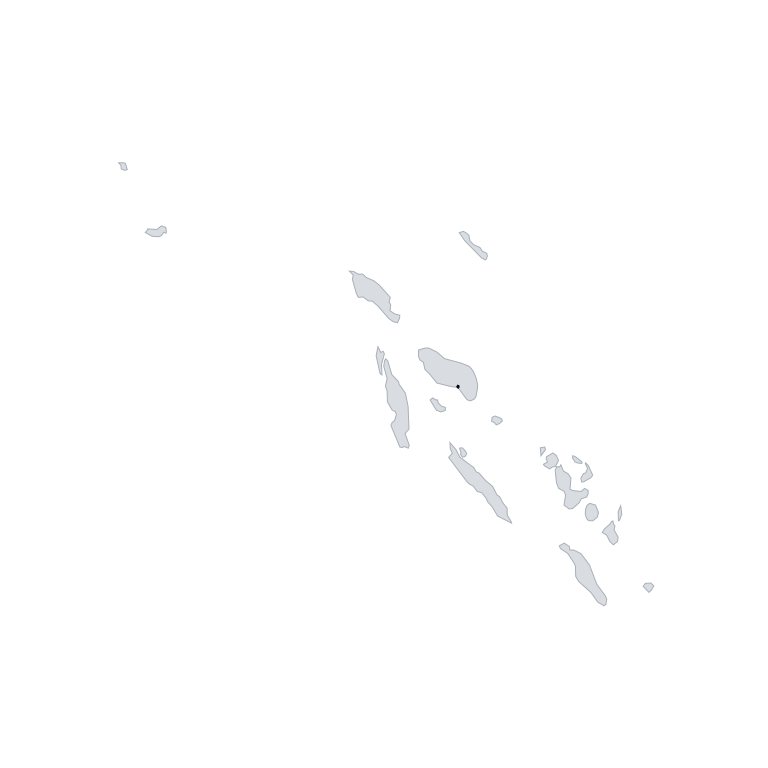 Central Honiara, Capital Territory (Honiara), Solomon Islands shown in context, rotated 193°
{"feature_id": "97153195B38090868085036", "entity_name": "Central Honiara", "entity_type": "district", "adm_level": 2, "iso_a3": "SLB", "parent_name": "Solomon Islands", "parent_adm1": "Capital Territory (Honiara)", "projection": "natural_earth1", "projection_center": [159.962, -9.442], "detail": "fine", "context": "in_parent", "style": "filled", "palette": "ink", "viewbox_px": 768, "rotation_deg": 193, "n_neighbors": 0, "source": "geoboundaries", "source_scale": "gbopen_adm2", "svg_char_len": 4242}
<svg xmlns="http://www.w3.org/2000/svg" viewBox="0 0 768 768"><g transform="rotate(193 384 384)"><path d="M299.5,387.3L311.5,397.5L316.7,396.6L332.6,396.8L341.9,404.1L347.4,407.4L350.5,414.0L354.4,415.5L356.7,418.8L358.0,424.9L352.2,428.2L348.7,429.1L339.6,427.0L330.8,422.3L313.3,421.7L305.1,420.4L302.3,418.6L299.7,416.2L295.6,410.5L292.4,403.8L291.9,399.9L291.6,392.4L292.6,389.7L295.9,387.0L299.5,387.3ZM354.3,326.1L367.9,345.1L367.4,348.5L365.5,350.7L365.0,357.1L366.7,359.5L370.4,360.6L376.7,367.4L379.5,378.3L382.1,382.1L382.2,390.1L388.2,401.2L388.7,406.5L388.1,408.9L385.6,407.5L378.5,394.9L370.3,389.5L369.3,387.2L361.1,379.9L355.5,367.6L349.5,345.7L352.3,340.5L345.6,329.9L345.9,327.0L350.7,327.6L351.7,326.3L354.3,326.1ZM304.8,335.7L306.6,341.7L299.2,336.3L293.6,329.8L277.7,322.7L274.3,319.1L271.4,318.6L263.2,312.7L255.2,308.7L249.0,301.4L246.0,300.2L241.0,294.5L236.1,290.7L234.4,283.9L229.6,279.1L228.4,277.1L243.6,280.9L250.7,288.4L256.7,292.7L258.8,295.7L264.2,300.0L269.1,300.3L274.0,304.6L278.4,305.7L281.9,308.0L304.5,327.0L301.8,332.0L304.8,335.7ZM407.1,458.4L414.0,462.1L418.0,461.5L424.0,464.1L428.5,462.6L431.3,466.0L438.4,479.0L438.5,483.2L443.1,486.2L439.2,486.8L433.7,485.2L429.5,486.3L425.0,483.7L417.5,482.4L411.0,479.4L397.4,469.8L397.5,465.0L395.3,462.7L394.6,456.7L389.8,454.8L384.1,454.5L383.6,451.7L384.7,446.7L388.9,446.8L394.0,448.8L407.1,458.4ZM175.1,263.4L176.8,265.7L172.6,269.5L167.0,267.4L165.6,264.1L161.7,264.9L153.9,263.0L143.1,253.9L131.6,236.7L120.5,227.2L118.5,224.2L118.2,219.3L119.7,217.4L126.5,219.5L135.4,227.3L150.0,235.5L153.9,239.6L156.5,249.6L158.9,252.6L166.8,260.2L175.1,263.4ZM190.4,321.6L193.8,326.8L197.8,338.4L197.1,342.4L194.2,342.6L193.5,345.1L189.6,339.5L184.5,338.0L180.7,334.5L179.1,323.3L176.1,322.6L167.7,323.7L165.1,327.4L161.2,326.2L160.4,322.9L161.0,319.6L166.1,316.4L167.1,312.3L172.2,305.1L175.4,303.9L181.3,306.5L182.1,316.6L184.2,319.9L190.4,321.6ZM344.7,548.4L340.9,550.6L337.4,549.5L334.7,547.8L332.6,542.9L327.9,539.8L321.3,538.6L317.9,535.4L313.3,534.5L312.0,531.8L312.4,529.0L313.1,527.6L317.4,528.9L337.7,541.9L344.7,548.4ZM131.3,301.2L130.2,302.1L128.4,298.6L127.0,297.6L127.1,293.7L121.5,287.5L121.0,283.2L124.3,278.9L128.6,281.4L132.9,286.7L137.9,288.4L136.9,291.9L132.4,298.3L131.3,301.2ZM158.9,311.3L156.7,314.0L150.7,313.6L146.1,307.0L146.2,302.2L149.7,297.7L154.0,296.9L156.4,298.6L158.6,302.4L159.4,307.1L158.9,311.3ZM209.3,349.7L203.9,354.8L200.0,353.1L196.8,348.8L198.4,342.2L201.6,340.8L203.3,338.5L209.2,340.3L210.6,341.6L207.1,344.8L209.1,347.3L209.3,349.7ZM649.1,482.0L640.1,483.4L636.5,488.0L631.9,487.5L630.4,483.7L630.3,481.9L632.8,482.2L634.2,478.5L636.9,476.7L643.2,475.8L650.7,477.9L648.9,481.2L649.1,482.0ZM398.0,409.8L398.3,419.0L394.2,414.0L392.2,415.7L390.4,413.4L390.9,402.6L388.0,392.4L390.3,393.4L398.0,409.8ZM169.9,351.6L169.9,352.5L166.8,350.7L160.1,342.1L161.3,339.3L167.4,333.7L169.3,332.9L171.0,336.4L169.5,341.5L167.5,342.8L166.7,347.6L169.9,351.6ZM322.4,369.6L327.1,370.3L335.5,378.8L333.5,381.4L329.6,380.1L328.3,380.6L327.0,377.8L322.8,375.2L318.9,375.0L318.4,372.0L322.4,369.6ZM268.6,377.8L262.2,376.9L260.3,374.7L262.5,371.5L265.4,369.4L267.9,371.3L270.8,371.8L271.1,375.9L268.6,377.8ZM84.6,248.5L79.1,250.1L75.7,248.0L77.1,243.2L79.0,240.6L85.9,245.1L84.6,248.5ZM296.0,338.5L293.4,339.4L289.5,337.0L287.8,334.9L288.6,331.6L290.9,330.3L293.5,332.5L293.7,334.8L296.0,338.5ZM692.3,539.9L687.5,541.0L685.6,540.7L682.4,535.2L684.8,533.9L688.4,534.4L689.4,537.7L692.3,539.9ZM183.9,354.5L183.8,356.7L180.7,356.0L173.6,352.7L173.4,351.1L177.4,350.6L180.3,351.0L183.9,354.5ZM127.1,312.2L126.0,318.6L123.1,310.8L123.8,304.3L124.8,303.5L127.1,312.2ZM217.3,357.0L213.2,358.8L211.9,356.2L214.9,349.4L217.3,357.0Z" fill="#d9dde1" stroke="#a8b0b8" stroke-width="1"/><path d="M311.8,397.5L311.7,397.6L311.4,397.6L311.2,397.6L311.0,397.4L310.9,397.4L310.9,397.2L310.9,397.3L310.9,397.2L310.7,397.3L310.6,397.2L310.5,397.4L310.5,397.5L310.5,397.8L310.4,397.9L310.4,398.0L310.5,398.1L310.9,398.2L310.8,398.3L310.8,398.5L310.7,398.8L310.8,399.0L311.2,399.0L311.4,399.1L311.7,399.1L311.9,399.1L312.0,398.5L312.0,398.4L312.0,398.2L312.2,397.9L312.0,397.7L311.9,397.7L311.8,397.5Z" fill="#0f172a" stroke="#020617" stroke-width="1.5"/></g></svg>